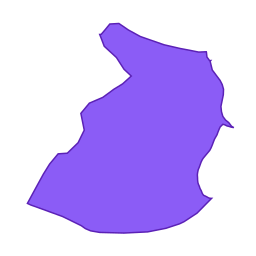 the district of Hwangju, Hwanghae-bukto, North Korea, rotated 176°
{"feature_id": "82179303B1056018992840", "entity_name": "Hwangju", "entity_type": "district", "adm_level": 2, "iso_a3": "PRK", "parent_name": "North Korea", "parent_adm1": "Hwanghae-bukto", "projection": "mercator", "projection_center": [125.698, 38.725], "detail": "fine", "context": "isolated", "style": "filled", "palette": "violet", "viewbox_px": 256, "rotation_deg": 176, "n_neighbors": 0, "source": "geoboundaries", "source_scale": "gbopen_adm2", "svg_char_len": 1296}
<svg xmlns="http://www.w3.org/2000/svg" viewBox="0 0 256 256"><g transform="rotate(176 128 128)"><path d="M49.5,52.0L51.3,52.2L52.8,52.9L54.1,53.8L55.6,54.7L57.3,55.6L58.4,57.4L59.3,60.3L60.4,62.7L60.9,64.8L61.7,67.0L62.1,68.8L62.2,71.3L62.1,73.5L62.1,76.4L61.7,78.5L60.9,81.4L59.7,83.8L58.6,86.3L57.4,89.0L56.0,91.4L54.9,92.8L52.8,95.0L50.2,97.7L48.0,100.0L46.5,102.4L45.1,105.2L43.6,108.5L42.5,110.8L39.7,115.0L38.6,117.5L37.3,120.2L36.0,122.6L33.1,125.1L31.2,124.4L29.0,123.1L27.3,122.6L25.1,121.7L22.4,121.0L24.6,122.5L27.1,126.3L30.2,129.2L32.6,133.0L33.6,137.7L33.8,143.0L31.8,150.2L30.6,154.5L30.0,160.0L31.0,164.8L32.8,169.0L39.9,180.0L41.4,188.8L40.8,189.5L41.9,189.5L44.3,193.3L44.5,198.3L44.6,198.6L52.2,198.8L61.3,201.3L70.5,203.7L86.5,208.6L97.9,213.5L109.3,218.4L120.7,225.7L129.8,232.9L138.9,233.0L143.5,228.1L148.2,223.3L149.7,223.3L148.2,218.5L146.0,211.2L141.4,206.3L134.6,199.1L127.9,186.9L121.1,179.6L130.3,172.4L139.5,167.6L151.0,160.3L164.8,155.5L174.0,145.9L171.8,128.9L178.8,116.8L190.3,107.1L199.5,107.1L208.7,97.5L215.7,87.8L225.0,73.3L233.6,59.8L230.2,57.9L227.2,56.6L199.5,44.3L181.4,33.8L177.5,30.6L172.4,28.0L163.4,25.8L139.4,23.5L115.6,23.0L97.2,25.3L83.3,28.8L78.7,30.6L65.0,38.3L64.8,38.5L49.5,52.0Z" fill="#8b5cf6" stroke="#5b21b6" stroke-width="1.5"/></g></svg>